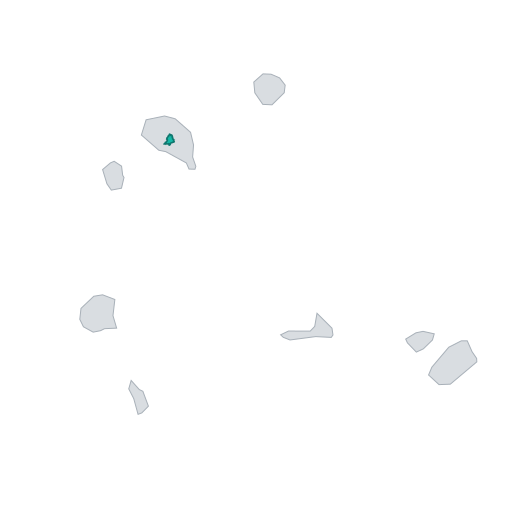 Sao Salvador Do Mundo, São Salvador do Mundo, Cabo Verde shown in context, rotated 165°
{"feature_id": "66160863B42982614395502", "entity_name": "Sao Salvador Do Mundo", "entity_type": "district", "adm_level": 2, "iso_a3": "CPV", "parent_name": "Cabo Verde", "parent_adm1": "São Salvador do Mundo", "projection": "albers", "projection_center": [-23.615, 15.088], "detail": "fine", "context": "in_parent", "style": "filled", "palette": "teal", "viewbox_px": 512, "rotation_deg": 165, "n_neighbors": 0, "source": "geoboundaries", "source_scale": "gbopen_adm2", "svg_char_len": 3637}
<svg xmlns="http://www.w3.org/2000/svg" viewBox="0 0 512 512"><g transform="rotate(165 256 256)"><path d="M335.4,402.5L326.9,416.0L308.1,414.9L298.5,409.4L287.2,392.4L287.6,379.4L291.6,368.0L290.9,358.2L292.5,355.6L298.2,357.3L299.2,363.9L316.2,380.2L322.5,383.3L335.4,402.5ZM93.4,118.0L79.7,120.9L73.9,119.4L72.1,107.7L69.4,100.0L70.1,96.6L101.5,81.9L112.5,84.4L120.1,96.4L114.9,103.1L93.4,118.0ZM409.3,222.4L421.1,225.0L425.5,224.1L433.0,224.6L441.0,232.3L442.6,240.4L438.6,250.7L423.1,259.1L414.2,258.2L403.6,250.5L409.6,235.4L409.3,222.4ZM213.1,424.6L202.1,430.1L194.4,427.7L187.1,421.9L183.6,413.5L186.5,406.4L201.4,397.9L210.2,400.7L214.9,413.9L213.1,424.6ZM244.9,166.1L250.7,170.4L252.6,173.5L244.0,175.1L223.1,169.4L217.5,172.8L211.9,184.9L201.3,166.6L202.1,159.8L204.4,157.9L219.2,162.7L244.9,166.1ZM372.5,383.6L368.5,384.2L362.6,377.6L363.9,368.5L363.2,366.0L368.4,356.3L378.7,357.1L381.3,364.3L381.8,379.2L372.5,383.6ZM132.9,137.0L121.4,140.4L114.2,140.0L104.0,134.7L107.3,129.2L118.4,123.0L126.0,121.7L132.2,132.9L132.9,137.0ZM413.3,160.6L408.8,168.1L403.3,157.2L400.3,154.6L398.8,138.8L406.9,134.0L410.9,133.6L411.0,149.9L413.3,160.6Z" fill="#d9dde1" stroke="#a8b0b8" stroke-width="1"/><path d="M306.4,394.9L306.5,394.9L306.8,394.8L307.1,394.7L307.1,394.8L307.2,395.0L307.3,395.1L307.3,395.3L307.3,395.5L307.6,395.7L307.7,395.8L307.8,395.9L307.8,396.0L308.0,396.1L308.3,395.9L308.4,395.4L308.5,395.3L308.7,395.1L308.9,395.0L309.0,395.0L309.2,394.9L309.2,394.7L309.3,394.6L309.4,394.4L309.5,394.2L309.7,394.3L309.7,394.2L309.8,394.2L310.0,394.1L310.2,393.9L310.4,393.9L310.5,393.8L310.6,393.7L310.8,393.5L310.9,393.4L311.0,393.4L311.3,393.3L311.4,393.0L311.4,392.9L311.5,392.8L311.7,392.7L311.8,392.5L311.7,392.5L311.6,392.4L311.4,392.3L311.4,392.2L311.5,392.0L311.5,391.9L311.5,391.7L311.4,391.5L311.4,391.4L311.5,391.3L311.8,391.2L311.7,390.9L311.8,390.8L311.7,390.7L311.8,390.4L312.0,390.2L312.2,389.9L312.3,389.9L312.5,389.8L312.6,389.7L312.8,389.6L313.0,389.4L313.1,389.2L313.3,389.1L313.5,389.1L313.7,389.3L313.8,389.3L313.8,389.2L314.0,388.9L314.1,389.0L314.2,388.9L314.3,388.7L314.4,388.8L314.5,388.8L314.7,388.7L314.8,388.6L314.9,388.4L315.1,388.2L315.3,388.2L315.5,388.1L315.8,388.0L315.8,387.9L315.7,387.9L315.4,387.9L315.2,387.9L314.9,387.8L314.7,388.0L314.6,387.9L314.5,387.7L314.4,387.8L314.5,388.1L314.6,388.3L314.4,388.4L314.2,388.3L314.2,388.2L314.2,388.3L314.0,388.2L313.9,388.2L313.7,388.0L313.7,387.9L313.5,387.7L313.4,387.5L313.4,387.4L313.2,387.3L312.9,387.3L312.7,387.2L312.4,387.1L312.2,387.1L311.8,387.2L311.7,387.1L311.4,387.1L311.3,386.9L311.3,386.7L311.2,386.7L311.3,386.6L311.3,386.4L311.3,386.2L311.3,385.9L311.3,385.7L311.2,385.5L310.7,385.5L310.2,385.7L310.1,385.8L310.0,386.0L309.9,386.1L309.7,386.3L309.7,386.5L309.6,386.8L309.6,387.0L309.4,387.1L309.1,387.1L308.9,387.2L308.7,387.2L308.4,387.2L308.3,387.3L308.2,387.3L308.0,387.2L307.9,387.2L307.7,387.2L307.7,387.3L307.4,387.4L307.2,387.4L306.9,387.5L306.8,387.4L306.7,387.4L306.4,387.4L306.2,387.3L306.0,387.2L305.9,387.2L305.8,387.3L305.9,387.5L305.7,387.6L305.5,387.8L305.4,387.8L305.4,388.0L305.5,388.1L305.6,388.4L305.5,388.5L305.6,388.8L305.6,389.0L305.5,389.3L305.5,389.5L305.8,389.7L305.8,389.8L305.7,389.8L305.8,389.9L305.8,390.0L306.0,390.2L306.0,390.3L305.9,390.4L306.1,390.5L306.2,390.8L306.1,391.0L306.3,391.3L306.4,391.5L306.5,391.5L306.4,391.5L306.3,391.8L306.2,391.9L306.2,392.0L306.1,391.9L305.9,391.9L305.8,392.1L305.7,392.3L305.8,392.5L305.9,392.8L305.9,393.0L305.9,393.3L305.8,393.5L305.9,393.9L305.9,394.2L306.0,394.5L306.2,394.8L306.3,394.8L306.4,394.9Z" fill="#14b8a6" stroke="#0f766e" stroke-width="1.5"/></g></svg>